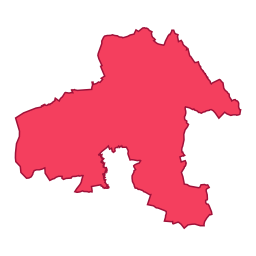 Kudan, Kaduna, Nigeria (orthographic projection)
{"feature_id": "59680162B63511927639310", "entity_name": "Kudan", "entity_type": "district", "adm_level": 2, "iso_a3": "NGA", "parent_name": "Nigeria", "parent_adm1": "Kaduna", "projection": "orthographic", "projection_center": [7.758, 11.266], "detail": "fine", "context": "isolated", "style": "filled", "palette": "rose", "viewbox_px": 256, "rotation_deg": 0, "n_neighbors": 0, "source": "geoboundaries", "source_scale": "gbopen_adm2", "svg_char_len": 5891}
<svg xmlns="http://www.w3.org/2000/svg" viewBox="0 0 256 256"><path d="M20.9,172.4L26.5,178.2L28.9,178.0L31.2,176.8L32.7,174.4L33.0,173.0L34.2,170.6L36.5,169.8L39.3,169.8L42.1,169.1L44.8,167.9L45.2,173.3L49.8,180.4L52.9,178.9L54.1,178.7L56.2,177.2L58.7,176.3L62.1,176.4L61.9,178.1L63.5,179.4L66.0,178.4L71.1,178.1L71.1,177.7L72.5,176.5L75.6,176.4L78.7,175.6L79.1,176.1L81.3,175.8L81.6,175.5L83.0,175.6L81.7,179.9L81.3,182.0L80.0,184.5L76.7,188.7L74.8,191.7L77.0,192.3L79.9,191.9L82.6,190.9L83.9,191.5L87.5,191.6L88.2,192.0L89.2,192.1L90.2,191.6L92.0,191.9L92.1,190.9L91.5,186.5L100.8,184.8L101.2,186.1L102.5,186.3L103.0,187.6L103.7,187.5L104.2,188.3L105.6,187.7L105.8,188.2L107.9,188.2L108.6,187.8L108.3,187.4L108.8,187.0L108.2,186.2L108.0,186.8L107.6,186.7L107.3,186.3L107.7,185.9L107.7,185.1L106.9,185.6L107.1,184.9L105.6,183.3L105.6,182.9L104.9,182.4L105.2,182.0L105.2,180.5L105.7,179.9L105.0,179.6L104.8,180.3L104.4,180.3L103.7,178.0L104.0,177.9L104.4,178.5L104.1,177.4L104.3,177.2L104.7,177.7L105.1,177.5L104.6,176.9L104.2,177.0L103.6,176.5L103.8,175.9L104.2,176.4L104.5,175.6L103.0,174.9L102.8,174.2L103.0,173.8L103.4,173.8L104.6,174.2L104.3,173.5L105.0,173.0L105.2,171.9L105.7,172.3L105.7,171.2L106.0,171.5L105.9,171.8L106.7,171.9L106.6,170.8L107.0,170.6L106.8,169.9L107.0,169.2L106.1,169.1L106.3,167.6L104.6,167.7L103.3,166.9L103.6,166.5L103.4,165.9L104.0,165.9L103.8,164.7L104.4,164.1L104.3,163.4L104.5,163.1L104.0,163.0L103.8,163.7L103.3,163.7L103.3,162.9L102.8,163.2L102.1,162.5L102.9,162.0L102.5,161.5L102.2,161.9L101.9,161.8L101.5,162.4L101.2,162.3L101.1,161.8L101.5,161.0L102.2,161.2L102.2,160.7L102.8,159.9L102.8,158.8L103.3,159.3L103.8,158.7L102.7,158.0L102.3,158.5L102.3,158.1L101.6,157.9L101.7,157.0L100.7,156.7L100.7,156.3L101.7,156.2L101.7,155.6L101.4,156.1L101.1,155.8L101.6,155.0L100.8,155.1L101.1,154.7L100.5,154.2L100.5,154.9L99.9,154.3L99.4,154.8L99.1,154.6L98.8,154.9L98.7,154.7L102.0,151.3L106.6,147.7L108.3,146.0L109.6,149.2L111.5,148.3L112.3,151.4L112.6,151.8L113.5,151.8L113.7,152.2L115.1,151.0L114.7,149.1L115.1,148.1L116.3,147.4L117.6,147.5L117.5,147.2L118.3,146.8L118.6,146.2L119.1,146.8L119.6,146.6L119.7,147.2L120.8,146.3L121.6,146.7L121.9,146.1L122.5,147.3L126.4,147.2L128.0,150.2L128.3,151.4L127.9,153.4L128.1,154.4L130.1,160.0L131.2,159.7L133.2,159.8L137.3,160.6L140.2,160.4L140.7,160.8L139.0,163.2L137.6,163.5L135.0,164.7L133.7,165.8L133.9,166.8L135.6,169.6L134.0,170.7L133.9,172.2L132.1,175.8L132.1,178.4L132.5,181.6L134.1,184.8L134.3,186.1L135.2,188.1L137.0,188.2L138.2,189.4L139.6,189.4L142.8,190.6L143.8,191.7L145.2,192.1L149.7,194.7L150.8,194.6L147.5,204.6L153.5,205.8L156.2,207.8L158.0,208.0L164.7,210.6L166.2,211.5L166.3,213.7L165.6,215.5L165.5,217.2L164.4,221.1L171.7,221.7L172.6,221.5L172.8,223.6L173.4,223.8L177.5,222.3L178.7,222.3L181.1,224.2L184.2,228.2L188.0,224.9L192.3,224.2L194.9,224.1L200.2,225.7L204.1,225.7L204.0,224.2L204.6,221.6L206.8,218.0L209.6,214.6L210.4,214.8L211.9,214.3L211.5,211.8L209.1,205.8L208.1,204.2L206.7,204.0L205.7,202.7L205.7,200.5L205.9,200.2L207.3,199.7L207.4,198.8L207.2,194.8L206.2,191.1L206.2,189.6L207.1,188.6L209.2,187.5L209.0,187.1L207.7,184.9L206.0,185.1L204.6,184.5L201.0,184.8L199.8,187.4L198.6,187.7L190.1,186.2L189.0,185.8L187.3,184.6L184.3,184.1L182.9,176.9L181.4,172.4L184.3,167.7L184.4,166.6L185.2,166.2L185.9,164.7L185.8,163.4L186.2,163.1L185.2,160.7L181.2,161.9L179.9,156.9L183.1,155.7L183.5,156.0L184.7,155.3L183.6,154.2L182.7,152.1L182.1,152.3L181.7,150.1L182.0,147.6L182.6,146.3L184.0,139.9L183.8,134.3L185.1,129.9L187.5,126.7L188.5,124.4L186.5,122.8L186.8,121.1L185.1,120.0L184.6,118.9L184.5,116.6L185.2,115.6L185.8,113.1L185.7,110.9L185.2,109.2L185.2,107.3L185.5,106.9L189.4,107.8L192.7,109.5L193.6,109.0L194.3,109.3L194.4,110.0L196.9,110.8L198.8,112.5L199.7,112.4L201.3,113.2L203.4,112.0L204.9,111.8L206.4,110.8L209.4,110.3L209.8,109.8L211.2,109.6L213.2,110.7L215.2,112.9L218.9,118.2L224.7,112.2L226.8,113.8L230.8,115.4L233.2,114.8L236.0,114.8L236.7,115.2L238.6,114.8L239.8,114.3L240.6,109.8L239.8,109.8L239.0,108.3L238.6,106.7L238.7,103.4L238.3,102.2L237.2,100.9L236.1,100.7L235.2,99.6L233.9,99.8L231.7,100.9L231.3,99.7L229.4,96.8L229.1,94.1L227.7,93.0L227.1,91.9L225.2,90.4L223.8,88.3L223.0,82.9L221.4,81.4L220.4,80.0L219.4,79.5L212.1,83.1L211.3,83.9L210.5,83.0L210.2,81.4L207.5,78.2L207.8,77.8L207.7,77.5L207.1,77.2L207.3,77.0L206.4,76.3L206.2,75.3L205.2,74.4L205.3,73.6L204.7,73.5L203.4,71.4L203.1,71.4L203.2,70.9L201.3,69.1L200.6,67.5L200.7,66.9L200.2,66.7L200.3,66.3L199.3,65.1L198.3,61.8L196.5,62.4L194.7,62.5L190.7,56.5L189.7,55.8L188.0,48.9L186.6,49.7L186.9,47.7L184.4,45.9L183.5,45.0L182.8,43.8L182.6,42.6L181.2,40.4L178.5,41.6L177.5,36.6L178.0,34.7L175.7,33.9L174.7,33.0L173.7,30.2L171.9,30.2L171.5,31.8L169.9,34.6L169.3,34.4L168.1,35.9L165.4,41.2L164.5,44.0L163.7,45.2L158.6,44.1L156.7,43.2L153.7,40.7L155.2,39.7L154.2,38.5L152.8,37.5L151.9,36.0L151.4,33.2L152.0,31.8L149.4,30.5L148.2,29.0L146.6,28.1L145.7,28.3L144.6,27.8L142.7,28.0L138.5,31.4L136.0,29.9L134.0,34.1L130.2,35.0L127.6,36.4L123.8,37.5L122.5,37.7L122.0,37.2L119.3,37.0L117.4,35.8L114.7,35.5L112.5,34.8L110.6,35.4L107.2,35.5L104.6,36.1L103.6,37.3L101.8,41.0L101.8,43.6L98.2,53.6L97.9,55.4L98.9,58.9L102.0,65.6L100.6,66.3L104.7,76.1L101.2,78.3L102.6,79.4L100.0,82.4L98.5,82.0L96.5,83.5L93.6,84.3L93.2,83.5L93.0,82.1L92.0,82.2L92.5,84.1L92.4,85.8L91.9,87.1L91.7,89.4L77.5,90.4L74.8,89.9L74.6,89.6L72.7,90.1L72.0,89.7L71.5,90.0L72.8,92.7L71.4,92.6L69.1,93.1L65.5,92.5L64.9,92.8L62.3,97.0L61.6,97.4L60.3,98.8L59.2,101.0L55.3,98.2L54.9,99.5L55.0,100.5L52.2,102.6L51.9,103.2L49.9,104.0L49.8,104.5L49.4,104.3L48.6,104.6L48.4,104.3L47.2,105.3L46.1,105.4L45.2,105.1L44.8,104.4L44.3,104.5L42.8,105.3L43.3,105.7L42.4,106.2L41.5,106.0L41.1,107.1L35.9,108.1L23.6,112.9L15.6,118.0L19.5,131.1L19.4,136.6L16.5,143.6L15.5,153.0L15.4,157.8L15.8,161.7L20.3,166.5L20.9,172.4Z" fill="#f43f5e" stroke="#9f1239" stroke-width="1.5"/></svg>